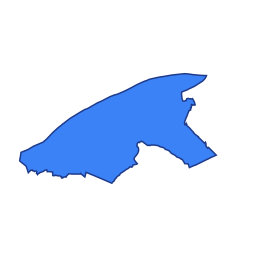 outline of Thot Not, Can Tho, Vietnam, rotated 290°
{"feature_id": "81297802B2345271224879", "entity_name": "Thot Not", "entity_type": "district", "adm_level": 2, "iso_a3": "VNM", "parent_name": "Vietnam", "parent_adm1": "Can Tho", "projection": "orthographic", "projection_center": [105.542, 10.239], "detail": "fine", "context": "isolated", "style": "filled", "palette": "blue", "viewbox_px": 256, "rotation_deg": 290, "n_neighbors": 0, "source": "geoboundaries", "source_scale": "gbopen_adm2", "svg_char_len": 5433}
<svg xmlns="http://www.w3.org/2000/svg" viewBox="0 0 256 256"><g transform="rotate(290 128 128)"><path d="M132.7,220.2L133.9,217.6L137.3,210.3L136.3,209.5L137.6,207.8L137.9,207.4L138.1,207.3L138.4,207.0L138.6,206.6L138.8,206.6L139.2,206.8L139.4,206.9L139.6,206.8L139.9,206.5L140.2,206.4L141.1,205.6L139.9,205.1L141.6,201.4L143.5,197.1L143.8,197.2L145.4,192.0L145.5,191.8L145.9,191.7L146.0,191.6L146.1,191.3L146.3,191.1L146.5,190.7L147.9,188.0L149.1,185.9L150.8,181.7L151.0,182.0L151.6,182.0L151.7,181.9L151.8,181.5L151.9,181.4L151.4,181.5L151.3,181.4L151.2,181.3L151.1,181.0L150.8,180.8L150.6,180.5L150.6,180.4L150.6,180.2L150.8,180.0L151.5,179.9L152.2,179.3L152.4,179.2L152.9,179.2L153.5,179.1L154.0,179.0L154.7,179.1L155.7,179.1L156.6,179.2L157.1,179.1L157.4,179.1L158.2,179.2L158.7,179.3L162.3,179.3L164.5,179.4L164.7,179.5L165.1,179.3L165.2,179.5L165.4,179.7L165.7,179.8L165.9,180.0L166.0,180.4L166.3,180.7L166.8,180.6L168.2,179.9L168.4,179.9L168.4,180.0L168.5,180.3L168.6,180.5L169.9,180.3L170.7,180.0L171.6,179.6L171.8,179.6L171.8,179.8L171.8,180.5L172.0,180.8L171.8,180.9L171.7,181.0L171.9,181.2L172.0,181.4L172.0,181.5L172.0,182.1L172.7,183.2L175.1,181.5L175.4,181.2L176.1,180.4L177.7,178.6L177.3,178.0L177.2,177.9L176.9,177.5L176.8,177.3L176.8,177.0L176.8,176.7L176.8,176.4L176.6,176.1L176.4,175.6L176.4,174.8L176.4,174.4L176.1,174.0L176.0,173.9L175.8,173.4L175.6,173.2L175.4,173.2L175.1,173.2L174.4,173.2L173.9,173.3L173.6,173.2L173.5,172.7L173.3,172.5L172.5,171.8L172.3,171.4L172.2,171.2L172.1,170.6L172.1,170.4L172.3,170.2L172.8,169.8L173.4,169.4L174.1,168.6L174.5,168.4L175.5,168.1L176.0,167.8L176.7,167.4L177.2,167.1L180.0,166.1L181.3,167.4L183.9,170.4L185.5,171.8L190.0,176.3L197.4,181.9L200.1,183.2L201.8,183.6L203.2,183.8L204.1,183.8L203.6,182.4L202.1,177.4L200.4,171.0L199.5,166.5L198.4,162.6L195.2,156.0L192.7,151.0L191.0,148.0L188.7,144.0L186.3,139.6L182.8,134.1L181.1,131.5L179.1,129.4L177.5,127.4L174.7,124.5L171.3,121.1L167.4,117.7L162.9,113.5L160.2,110.8L155.9,106.2L154.4,103.9L151.2,100.3L144.1,93.8L141.2,90.7L134.5,85.1L132.0,82.9L130.8,81.3L126.7,77.8L117.1,70.2L111.6,66.7L108.8,64.9L107.1,64.0L104.7,62.4L98.0,58.9L89.3,55.1L85.5,52.9L84.7,52.0L78.6,45.5L73.8,41.6L71.9,39.6L68.5,35.8L67.1,36.1L65.2,36.5L63.7,36.8L62.4,36.9L61.8,37.1L60.6,37.3L60.2,37.4L60.0,37.6L59.7,38.2L58.3,42.5L57.6,44.5L57.1,45.4L56.8,45.7L56.4,46.1L51.9,49.6L54.6,50.8L54.6,51.0L54.8,51.1L55.2,51.2L55.4,51.3L55.4,51.6L55.3,52.1L55.4,52.3L55.8,52.6L55.9,52.8L55.8,53.0L55.7,53.1L55.4,53.1L55.2,53.3L55.4,54.8L55.1,55.0L55.2,55.3L55.7,55.5L55.8,55.6L56.0,56.0L56.2,56.5L56.1,56.9L55.7,57.2L55.1,57.4L54.4,57.7L54.1,57.6L53.9,57.6L53.8,58.3L53.3,59.0L54.3,59.2L54.5,59.3L55.1,60.0L55.6,60.3L56.0,60.6L56.8,61.6L57.2,62.1L57.8,62.6L58.0,62.9L58.3,63.4L58.4,63.5L58.8,63.6L60.0,64.5L60.2,64.8L60.4,65.1L60.9,65.9L59.8,66.7L59.7,66.7L59.3,67.1L59.7,67.9L60.5,70.8L60.9,72.1L57.6,73.6L57.8,74.5L58.2,75.5L58.8,75.7L59.1,78.7L59.6,79.9L59.6,81.5L59.3,81.7L59.2,81.8L59.2,82.0L59.4,82.5L59.1,82.8L58.6,82.6L58.4,82.6L58.3,82.8L58.5,83.0L58.5,83.3L58.8,83.7L59.3,84.1L59.6,84.4L59.7,84.5L60.3,84.7L60.4,84.9L60.5,85.4L60.6,85.6L60.6,85.9L60.6,86.2L60.6,86.4L60.7,86.6L60.8,86.7L61.1,86.6L61.6,86.7L62.3,86.9L63.7,87.5L64.0,87.7L64.6,87.9L64.8,88.1L65.5,90.8L66.4,93.4L68.5,99.2L69.0,99.1L67.2,104.2L67.5,104.2L72.0,103.8L71.6,113.9L70.6,131.7L71.2,131.9L72.1,132.2L72.6,132.5L73.1,132.8L73.7,133.2L73.9,133.2L74.3,133.1L74.7,133.1L75.0,133.1L75.5,133.4L76.2,133.5L76.7,133.8L77.0,134.1L77.9,134.2L78.4,134.3L78.8,134.4L79.0,134.6L79.8,135.3L80.4,135.8L80.8,136.0L81.2,136.2L82.6,136.4L82.9,136.6L85.9,138.9L86.7,139.4L88.2,140.4L88.6,140.7L89.8,141.8L90.4,142.2L90.9,142.5L91.4,142.8L91.6,142.9L92.1,142.9L92.3,143.0L92.4,144.5L92.4,144.8L92.5,145.0L93.3,145.3L93.7,145.5L93.9,145.4L94.5,145.2L94.9,145.3L96.2,147.3L96.4,147.7L96.8,148.3L97.6,149.0L99.2,146.2L99.9,145.3L100.3,144.8L100.9,144.3L101.5,144.2L102.1,144.2L102.8,144.3L104.5,144.9L105.7,145.3L107.2,145.7L108.3,145.8L109.3,145.8L110.3,145.7L111.0,145.5L112.0,145.0L112.8,144.6L113.1,144.3L113.4,143.9L113.6,143.4L113.8,142.7L114.1,142.5L114.5,142.5L114.9,142.4L115.5,142.2L116.0,142.1L116.6,142.1L117.0,142.2L117.6,142.3L117.9,142.4L118.1,142.7L118.2,142.9L118.3,143.1L118.2,143.8L118.3,143.9L118.4,144.0L118.6,144.0L118.9,144.0L119.1,144.1L119.4,144.3L120.0,144.9L120.1,145.2L120.2,145.4L119.9,145.8L119.8,146.0L120.0,146.5L120.0,146.9L119.9,147.8L119.4,148.3L119.3,148.5L119.3,148.9L119.3,149.2L118.7,150.8L118.3,152.5L118.9,153.4L119.0,153.6L118.9,154.2L119.2,154.8L119.4,155.1L119.8,155.4L120.0,155.8L120.5,157.2L120.8,158.1L121.1,158.8L121.2,160.0L121.7,162.0L121.8,162.2L121.8,162.4L121.5,163.2L121.4,163.8L121.4,164.3L121.4,165.0L121.5,166.4L121.7,167.7L121.7,168.3L121.6,168.6L121.3,169.3L121.0,169.7L120.9,169.9L120.7,170.8L120.7,171.2L120.8,171.5L120.8,172.1L120.8,172.9L120.7,173.4L120.7,173.7L120.8,173.9L120.8,174.1L120.7,174.3L120.5,174.5L120.1,175.6L119.6,176.3L119.2,177.2L119.1,177.6L118.8,178.6L118.8,179.5L118.3,181.9L117.9,182.9L117.6,183.5L117.5,183.9L117.4,184.2L117.5,185.2L117.5,186.1L117.4,187.1L117.4,187.4L116.9,188.5L116.8,188.8L116.8,189.0L117.1,189.4L117.1,189.5L116.3,190.8L115.8,191.2L115.5,191.8L115.2,192.2L114.9,192.5L114.4,192.9L113.9,193.5L114.4,195.1L114.8,196.9L111.8,199.2L115.5,203.1L115.8,203.4L115.9,203.8L116.4,204.3L125.3,212.8L125.6,213.2L128.6,216.0L132.7,220.2Z" fill="#3b82f6" stroke="#1e3a8a" stroke-width="1.5"/></g></svg>